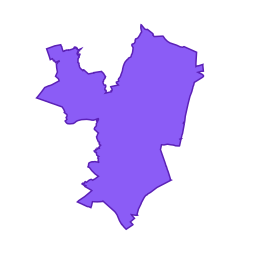 Suceava, Suceava, Romania, rotated 350°
{"feature_id": "2599482B51087359831243", "entity_name": "Suceava", "entity_type": "district", "adm_level": 2, "iso_a3": "ROU", "parent_name": "Romania", "parent_adm1": "Suceava", "projection": "natural_earth1", "projection_center": [26.251, 47.664], "detail": "fine", "context": "isolated", "style": "filled", "palette": "violet", "viewbox_px": 256, "rotation_deg": 350, "n_neighbors": 0, "source": "geoboundaries", "source_scale": "gbopen_adm2", "svg_char_len": 5568}
<svg xmlns="http://www.w3.org/2000/svg" viewBox="0 0 256 256"><g transform="rotate(350 128 128)"><path d="M105.0,221.8L105.2,221.7L106.7,224.6L108.6,227.4L115.9,224.2L116.1,224.0L116.0,223.8L114.0,220.9L118.7,218.1L116.6,214.7L116.3,213.9L120.8,215.4L122.3,215.5L122.0,214.4L124.2,209.7L127.9,204.6L127.9,204.3L131.5,199.7L132.9,198.2L134.3,197.2L134.8,197.3L136.2,196.3L139.0,195.3L146.2,191.6L161.5,186.8L160.6,186.2L160.9,185.7L160.4,181.4L159.9,177.6L159.5,175.8L159.1,172.3L158.8,172.2L158.6,169.6L156.2,154.9L158.1,150.3L160.5,150.9L164.1,150.8L166.8,151.8L169.8,152.7L171.8,153.8L174.4,154.4L175.4,154.6L175.7,154.4L178.0,148.7L177.4,148.4L177.7,148.0L178.3,148.3L178.7,147.8L178.4,147.7L178.8,147.6L178.6,147.4L179.9,144.3L180.7,143.0L183.9,134.4L184.1,133.8L183.3,133.1L183.8,132.1L184.6,132.4L185.3,130.4L186.4,126.5L191.4,114.5L194.5,107.6L197.1,103.3L198.1,101.1L198.7,99.9L199.1,98.7L200.1,97.2L201.2,94.6L209.7,91.2L211.2,90.4L211.4,89.4L210.9,88.6L209.8,87.5L209.4,87.4L206.6,85.3L208.1,85.2L209.4,84.9L212.1,85.1L212.5,79.5L212.8,78.4L208.3,79.0L207.0,78.9L205.6,79.3L206.0,76.6L208.7,65.3L197.3,57.6L196.9,57.6L195.9,58.0L194.2,57.4L193.3,57.0L190.3,54.9L184.1,51.5L182.4,50.0L181.8,49.4L179.9,46.7L178.5,43.7L177.9,43.5L169.7,42.5L168.6,40.7L169.1,40.0L168.5,39.0L164.3,34.3L164.1,34.2L163.5,34.3L162.8,34.1L161.7,33.5L159.1,28.8L158.8,28.6L158.4,29.8L158.0,31.9L158.1,35.8L156.9,36.9L155.7,38.6L153.5,40.9L152.3,41.4L151.0,41.6L150.8,41.8L150.2,43.0L150.1,44.1L149.1,45.5L148.1,46.0L146.8,46.1L146.4,46.4L146.1,47.7L146.6,48.5L146.7,49.1L147.0,49.7L146.2,52.5L145.4,54.8L144.7,55.9L144.2,56.4L143.3,58.4L142.1,58.9L141.1,59.1L140.6,59.3L139.8,60.2L139.0,60.5L138.3,61.2L137.1,62.0L135.7,63.7L134.2,66.2L133.7,67.4L133.3,68.2L132.3,71.0L130.2,74.5L130.2,74.8L128.9,76.6L127.4,77.8L127.1,78.3L126.9,78.7L127.0,79.8L126.9,80.3L124.5,80.8L124.4,81.3L124.5,82.0L125.4,82.9L126.0,84.0L118.2,84.3L118.3,84.9L118.9,86.5L119.1,87.6L119.0,87.9L118.2,88.1L118.3,88.6L117.7,88.7L117.8,89.4L111.9,89.7L112.7,89.0L112.8,88.5L113.0,87.6L112.8,87.1L112.6,87.2L112.3,87.1L112.3,86.6L111.8,86.2L112.2,84.8L112.9,84.1L113.1,83.4L113.4,83.1L113.4,82.1L113.3,81.8L112.2,81.8L111.9,81.5L111.4,79.9L111.3,78.2L112.0,77.7L112.4,76.3L113.5,75.5L113.9,75.0L114.3,74.6L114.4,74.4L114.2,74.0L114.8,73.5L114.3,72.7L114.3,72.3L113.9,71.6L113.3,69.8L112.5,69.0L111.8,67.7L103.9,67.5L103.8,68.0L102.8,67.8L98.6,67.9L98.3,67.8L94.5,63.0L94.2,63.0L93.9,63.5L93.6,63.7L93.4,63.2L92.4,62.3L91.3,60.7L90.8,59.3L90.9,57.8L90.7,57.3L90.7,56.5L91.0,55.7L90.0,54.8L90.0,54.5L90.4,53.6L90.5,52.6L90.5,52.2L90.8,51.6L90.7,51.3L91.3,50.7L91.4,50.4L92.2,49.8L92.3,49.6L92.0,48.9L92.5,48.5L93.3,47.5L93.5,47.0L93.2,46.8L92.2,46.7L91.5,47.3L91.1,47.3L91.0,47.1L91.3,47.0L91.1,46.2L91.5,46.1L90.9,45.7L91.2,45.3L91.3,44.9L92.1,44.8L91.8,44.2L92.2,44.0L92.3,43.6L93.1,43.3L93.6,43.5L93.8,42.8L95.7,41.8L95.8,41.7L93.0,42.4L92.7,42.2L92.3,42.2L92.0,41.9L91.7,41.8L91.8,41.2L91.4,41.1L91.2,40.8L91.6,40.4L91.5,40.2L91.0,40.1L90.9,39.6L90.5,39.3L90.3,39.3L90.1,39.6L89.8,39.6L90.0,39.2L89.7,39.0L88.9,39.3L88.9,39.5L89.2,40.1L86.7,40.7L82.9,41.1L82.8,40.7L81.2,40.8L81.1,40.6L79.0,40.8L78.9,41.2L77.5,41.3L77.2,40.1L76.9,38.0L76.9,36.6L76.5,35.8L76.2,34.3L70.2,34.4L61.6,35.9L62.8,43.2L63.3,47.2L65.5,46.6L65.8,47.1L66.3,48.9L67.1,48.7L68.0,50.9L71.7,49.9L71.8,50.5L70.4,50.8L70.1,51.4L69.3,52.3L68.6,52.5L68.2,56.3L68.2,60.7L65.6,64.5L68.0,67.4L68.4,69.6L60.6,72.2L58.8,72.6L57.2,72.7L53.0,73.7L49.0,77.5L44.6,81.4L43.2,82.5L66.8,95.8L68.0,98.6L68.5,101.0L67.9,101.7L68.7,102.5L68.9,102.9L70.0,103.8L70.2,104.3L70.1,105.2L69.8,106.0L69.4,106.7L68.9,106.8L69.2,108.5L69.4,108.8L68.8,109.4L67.3,110.2L68.0,111.8L68.7,112.8L69.4,113.3L71.4,113.8L74.9,114.1L76.5,113.5L78.2,112.5L79.9,112.0L83.6,111.7L88.8,112.3L91.9,113.2L93.9,114.0L95.4,114.3L97.4,114.1L100.2,113.5L100.4,113.6L100.5,114.0L100.1,114.3L100.2,114.7L99.7,115.4L99.5,115.5L99.0,115.2L98.4,115.4L98.3,115.8L98.5,116.0L99.0,116.2L99.1,116.5L97.5,118.3L97.4,118.7L97.5,119.3L97.2,119.8L97.3,120.2L96.4,121.1L95.5,121.6L94.7,122.8L94.7,123.7L95.9,125.0L96.2,125.6L98.0,127.8L97.2,128.6L96.1,130.5L95.4,131.3L95.6,131.8L95.5,132.5L96.4,136.4L97.4,137.1L97.1,137.6L97.1,138.1L96.8,138.6L97.2,138.9L97.3,139.4L98.1,140.1L98.1,140.3L97.5,140.7L96.9,140.9L96.3,141.7L95.9,142.1L96.3,142.6L96.4,142.9L96.3,143.0L95.3,142.6L94.7,142.6L95.0,142.9L94.7,143.3L94.4,143.4L94.2,143.1L93.7,143.2L92.8,143.8L92.9,144.1L92.7,144.2L92.3,144.1L92.2,143.8L91.6,144.5L91.2,144.8L90.9,144.8L91.0,145.0L90.8,145.3L91.2,145.9L92.6,146.5L92.7,146.9L92.4,147.1L92.3,147.5L92.5,148.0L92.5,149.3L94.1,150.8L93.6,150.9L93.5,151.0L93.3,151.7L93.4,152.5L93.1,152.6L93.6,153.4L93.1,154.2L93.1,154.5L93.0,155.0L93.1,155.4L93.2,156.6L92.9,156.7L92.4,156.2L92.0,156.2L91.7,156.0L90.8,155.9L89.7,155.3L87.7,155.3L87.6,155.1L86.1,155.0L84.7,155.3L83.9,155.5L83.3,155.9L82.8,157.0L82.7,157.8L81.8,159.3L83.2,160.3L84.8,163.5L87.6,167.5L90.5,170.4L86.6,172.4L85.3,172.9L85.2,172.8L84.1,173.3L83.1,172.3L82.5,172.2L81.4,172.4L80.8,172.7L80.5,172.7L77.7,174.3L76.6,173.4L75.4,174.2L74.8,174.8L75.2,175.1L74.6,175.5L74.4,175.5L74.0,175.1L73.6,174.6L73.0,175.1L73.7,175.8L73.8,175.8L74.3,176.3L74.4,176.2L75.2,177.0L75.3,177.1L75.1,177.3L75.3,177.5L76.2,177.2L76.5,177.5L75.6,178.3L80.9,182.7L81.5,183.4L73.5,188.0L67.0,190.9L65.3,192.0L74.3,198.3L75.8,198.7L77.6,200.0L78.6,198.2L80.2,194.4L85.0,195.4L88.2,195.8L88.2,195.7L90.5,196.0L90.7,195.7L100.1,207.6L101.0,209.0L102.2,211.8L103.5,217.7L104.5,220.5L105.0,221.8Z" fill="#8b5cf6" stroke="#5b21b6" stroke-width="1.5"/></g></svg>